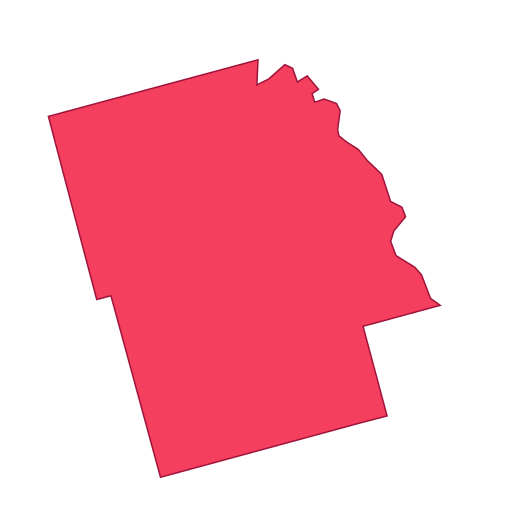 Burleigh, North Dakota, United States of America (orthographic projection), rotated 165°
{"feature_id": "52423323B75133574344854", "entity_name": "Burleigh", "entity_type": "district", "adm_level": 2, "iso_a3": "USA", "parent_name": "United States of America", "parent_adm1": "North Dakota", "projection": "orthographic", "projection_center": [-100.714, 46.981], "detail": "fine", "context": "isolated", "style": "filled", "palette": "rose", "viewbox_px": 512, "rotation_deg": 165, "n_neighbors": 0, "source": "geoboundaries", "source_scale": "gbopen_adm2", "svg_char_len": 645}
<svg xmlns="http://www.w3.org/2000/svg" viewBox="0 0 512 512"><g transform="rotate(165 256 256)"><path d="M405.5,67.0L198.9,67.8L170.8,67.6L170.8,160.4L90.9,160.7L98.4,169.9L101.0,194.9L105.5,204.0L120.7,220.2L122.1,235.4L116.4,244.5L101.4,255.2L102.4,265.3L111.9,273.9L113.4,302.3L123.8,319.4L129.0,331.2L130.0,332.9L139.2,342.9L144.7,350.5L144.8,350.6L144.5,356.8L137.1,374.6L138.8,382.5L149.7,390.0L159.4,389.4L159.8,398.4L152.5,400.8L159.9,416.7L171.0,413.4L172.1,427.9L178.6,433.4L198.1,423.6L210.9,421.1L203.3,445.0L420.4,444.6L421.0,302.7L421.1,255.2L406.4,255.1L405.5,67.0Z" fill="#f43f5e" stroke="#9f1239" stroke-width="1.5"/></g></svg>